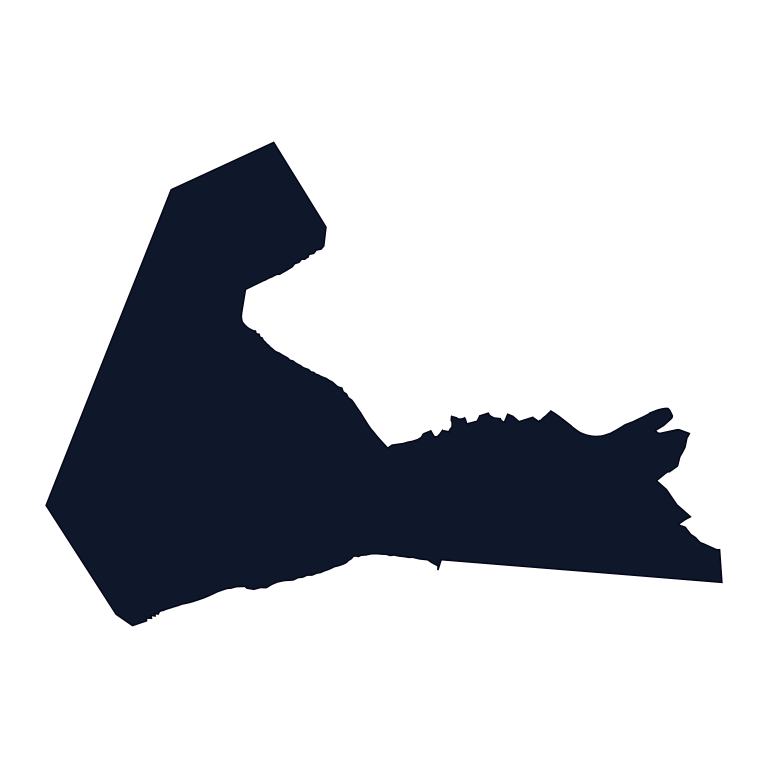 outline of Vlissingen, Netherlands
{"feature_id": "6326949B17750517520147", "entity_name": "Vlissingen", "entity_type": "district", "adm_level": 2, "iso_a3": "NLD", "parent_name": "Netherlands", "parent_adm1": "", "projection": "equal_earth", "projection_center": [3.611, 51.495], "detail": "fine", "context": "isolated", "style": "filled", "palette": "ink", "viewbox_px": 768, "rotation_deg": 0, "n_neighbors": 0, "source": "geoboundaries", "source_scale": "gbopen_adm2", "svg_char_len": 5865}
<svg xmlns="http://www.w3.org/2000/svg" viewBox="0 0 768 768"><path d="M667.8,408.4L666.7,408.4L664.6,408.5L663.4,408.7L661.2,409.1L659.6,409.5L658.4,409.8L656.7,410.4L655.3,410.9L649.5,413.2L649.5,413.7L642.2,417.4L638.9,418.9L637.1,419.8L634.0,421.3L632.6,422.0L632.1,422.2L631.2,422.4L629.6,423.1L627.4,423.9L625.6,424.6L624.6,425.1L620.7,427.6L618.6,428.8L617.3,429.6L615.6,430.6L613.0,431.9L612.7,432.2L611.0,433.1L610.0,433.5L603.6,435.6L602.1,435.9L601.1,436.1L600.1,436.2L598.7,436.3L597.6,436.4L596.3,436.4L595.6,436.4L594.4,436.4L593.4,436.3L592.3,436.2L591.0,436.0L590.3,435.9L589.1,435.6L587.0,435.2L586.2,435.0L585.1,434.6L583.7,434.1L582.2,433.5L580.9,433.0L580.5,432.8L579.3,432.1L577.7,431.1L571.1,426.2L571.2,425.9L568.5,423.8L566.6,422.3L564.9,421.0L563.0,419.5L561.8,418.6L560.0,417.2L559.4,416.7L554.4,413.2L552.4,412.0L551.0,411.1L550.9,411.0L550.6,411.3L550.2,411.7L548.1,413.7L546.2,415.6L545.8,416.0L544.6,416.8L542.7,418.4L541.7,419.6L541.2,420.1L540.9,420.3L540.2,420.4L539.9,420.5L539.1,421.2L539.1,421.3L539.0,421.5L539.0,421.8L533.2,417.7L532.8,417.3L524.6,419.9L519.0,421.7L516.2,419.2L515.9,419.0L512.8,416.3L507.7,414.2L504.4,422.2L502.5,421.7L502.3,421.5L501.4,420.2L500.1,419.9L500.3,418.6L494.9,418.1L494.3,418.0L493.9,417.9L493.4,417.7L490.6,416.1L490.1,415.9L490.0,415.7L489.6,415.4L489.3,415.0L488.5,413.4L488.3,413.1L487.4,413.4L479.7,415.9L479.7,416.0L479.4,416.8L479.2,417.1L477.2,421.2L466.8,423.9L466.7,423.5L466.5,423.1L466.3,422.5L465.7,420.2L465.6,419.8L465.5,419.5L465.3,419.1L464.6,417.9L464.5,418.0L463.7,418.3L461.9,418.9L461.5,419.0L461.2,419.0L458.9,419.1L458.7,419.0L458.4,419.0L458.0,418.8L457.8,418.7L456.5,417.8L456.2,417.7L454.7,417.3L454.5,417.2L452.3,416.6L451.7,416.3L451.5,416.7L451.4,418.2L451.2,420.2L451.2,420.3L451.7,421.2L452.0,421.7L452.1,422.6L452.1,423.5L452.1,426.7L451.5,427.5L450.8,428.4L450.1,429.4L449.4,430.4L449.3,431.9L449.1,431.8L444.6,430.9L442.6,430.6L442.5,430.4L442.3,430.7L440.1,433.8L439.7,434.2L438.0,436.0L437.8,436.3L437.6,436.6L435.0,436.8L434.6,436.9L434.4,436.8L434.3,436.7L433.1,434.8L430.8,430.8L430.1,431.2L429.8,431.3L428.9,431.7L426.9,432.4L426.6,432.6L424.3,433.5L424.1,433.6L423.7,433.9L423.1,434.3L422.8,434.8L422.6,435.1L422.4,435.8L422.2,436.1L421.5,437.1L421.3,437.3L421.1,437.5L420.9,437.7L420.0,438.2L417.6,439.7L416.8,439.9L412.8,441.2L411.2,441.6L410.8,441.6L407.3,442.3L406.2,442.7L403.4,443.5L394.9,444.7L392.1,445.1L387.8,448.1L387.2,447.6L380.5,440.3L377.2,436.6L374.0,432.6L370.9,429.0L368.4,425.4L365.1,420.2L362.4,415.9L360.4,412.6L358.2,409.5L356.0,406.3L354.0,403.2L353.0,401.8L351.7,400.1L348.1,397.6L346.6,394.2L343.6,392.1L343.1,391.7L341.9,388.1L337.5,386.7L332.4,382.1L329.1,380.4L326.1,378.4L323.3,377.4L320.6,376.3L318.4,375.0L315.6,374.1L313.8,372.5L310.6,371.7L308.7,369.6L305.7,368.6L302.9,367.5L300.5,365.6L297.9,364.4L295.3,362.8L293.0,361.0L289.7,360.1L287.8,358.1L282.6,355.2L280.7,354.0L278.7,352.8L276.2,351.9L274.0,350.4L272.3,348.8L270.3,347.3L268.6,345.4L266.6,343.8L265.2,342.1L263.2,340.3L262.3,338.1L259.7,336.9L259.2,334.3L256.1,333.7L255.5,331.0L253.4,330.8L248.8,328.5L246.2,326.4L243.9,324.0L242.1,321.6L241.6,318.8L241.3,316.7L241.7,312.7L245.5,289.4L259.4,282.6L261.4,281.7L263.5,280.6L265.5,279.9L267.4,278.8L269.8,277.6L271.9,276.9L274.4,275.5L276.8,274.4L279.8,274.2L281.8,272.9L285.3,271.0L288.4,269.1L292.0,267.0L294.6,263.7L299.0,262.3L301.6,259.1L304.7,259.3L306.4,258.0L308.2,256.9L308.9,254.4L313.7,253.4L316.2,250.1L321.1,249.1L323.8,245.9L326.0,227.1L273.7,142.4L171.2,189.7L144.1,258.1L111.9,339.0L65.6,456.0L46.1,505.4L71.7,545.2L115.1,612.7L116.0,614.2L132.5,625.6L141.9,622.4L146.5,620.9L146.7,618.0L151.5,618.3L151.0,615.4L155.1,616.0L155.1,613.5L158.2,614.1L159.3,611.7L161.8,610.5L162.7,610.6L166.1,609.2L170.0,608.0L173.7,606.8L177.3,605.8L182.0,604.1L187.4,603.0L192.7,601.6L197.9,599.9L204.0,597.8L208.7,595.8L212.9,593.9L216.7,592.0L221.7,590.2L225.9,588.8L228.2,588.3L230.9,588.2L234.5,587.1L237.1,586.6L242.1,586.5L245.0,586.4L246.9,588.2L253.9,589.3L260.5,587.5L266.2,587.7L271.7,584.4L277.3,582.0L282.9,580.8L285.9,580.4L288.6,580.3L293.4,579.9L298.1,577.6L302.6,577.2L307.2,575.1L312.0,575.1L316.9,573.1L320.4,572.6L323.7,571.1L329.1,569.2L334.3,566.7L338.1,565.8L341.8,564.6L344.7,563.4L346.9,562.0L348.4,560.4L350.6,559.2L352.1,557.8L353.3,556.2L356.0,556.0L358.6,556.5L360.9,555.3L366.1,554.9L371.4,553.8L376.4,553.7L381.7,554.1L386.3,554.3L390.1,555.5L394.1,555.0L399.2,556.1L403.5,556.5L408.9,557.4L412.8,557.3L419.5,558.9L427.8,559.8L431.7,562.5L438.0,565.9L437.9,570.1L441.2,559.7L512.9,565.5L607.8,573.1L721.9,582.4L719.6,549.7L719.0,549.7L718.0,549.8L717.5,549.8L716.6,549.6L716.0,549.4L715.3,549.2L711.2,547.3L707.6,545.7L705.6,544.8L703.2,543.7L701.1,543.0L700.7,542.8L700.6,542.7L699.8,542.2L698.9,541.4L696.3,538.5L695.5,537.7L694.5,536.9L691.9,535.2L691.2,534.8L690.5,534.1L690.0,533.5L686.8,529.4L685.7,527.8L684.9,527.1L684.6,527.0L684.2,526.8L682.8,526.4L680.9,525.8L680.0,525.4L679.2,524.9L678.5,524.2L684.6,519.9L686.0,519.1L687.3,518.4L690.4,516.9L690.5,516.8L677.1,505.0L677.0,504.9L676.8,504.7L666.4,489.5L656.4,480.7L666.7,472.3L667.0,472.2L667.4,472.0L667.8,471.9L668.6,471.8L669.1,471.8L669.4,471.8L677.5,466.0L678.3,462.9L679.7,457.1L681.8,453.1L682.0,453.1L682.3,452.5L685.0,447.3L686.9,438.0L689.0,434.5L688.9,434.3L689.4,433.5L680.2,430.1L679.6,429.9L679.0,429.8L678.7,429.7L678.2,429.7L677.7,429.7L677.2,429.7L676.8,429.8L660.4,433.3L660.1,433.3L659.7,433.3L659.2,433.3L658.9,433.3L658.5,433.2L658.1,433.0L657.7,432.9L657.5,432.7L657.3,432.5L657.1,432.4L655.3,430.5L663.6,425.5L670.5,419.3L671.5,418.3L671.8,417.9L672.1,417.4L672.2,416.8L672.3,416.6L672.3,416.2L672.3,415.8L672.2,415.5L672.1,415.2L670.3,411.4L670.1,411.0L669.8,410.5L669.6,410.3L669.3,409.9L669.1,409.6L668.8,409.3L668.3,408.8L667.8,408.4Z" fill="#0f172a" stroke="#020617" stroke-width="1.5"/></svg>